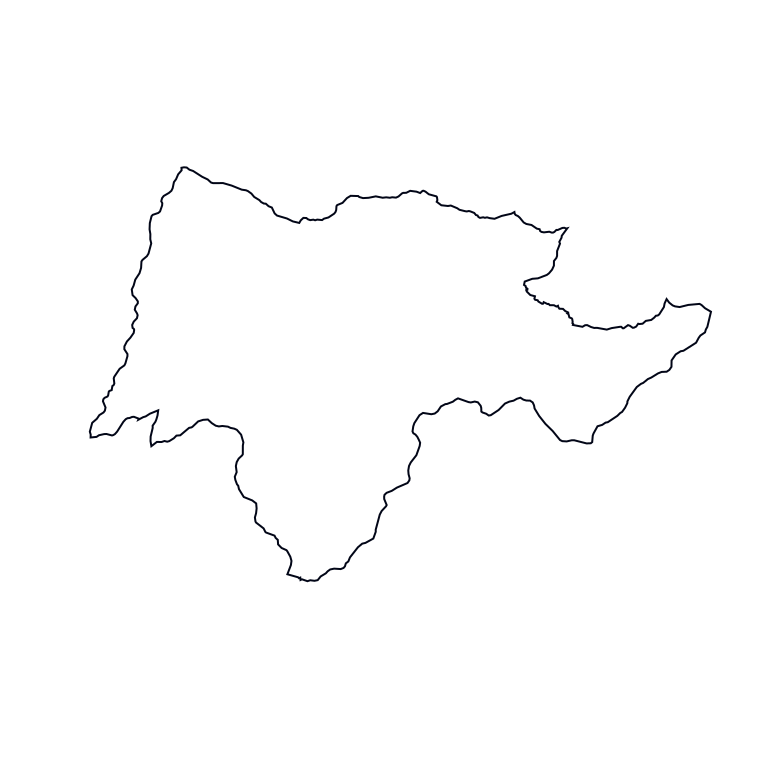 Susacón, Boyacá, Colombia (Albers equal-area conic projection), rotated 202°
{"feature_id": "7082276B12166433159462", "entity_name": "Susacón", "entity_type": "district", "adm_level": 2, "iso_a3": "COL", "parent_name": "Colombia", "parent_adm1": "Boyacá", "projection": "albers", "projection_center": [-72.721, 6.224], "detail": "fine", "context": "isolated", "style": "outline", "palette": "ink", "viewbox_px": 768, "rotation_deg": 202, "n_neighbors": 0, "source": "geoboundaries", "source_scale": "gbopen_adm2", "svg_char_len": 6166}
<svg xmlns="http://www.w3.org/2000/svg" viewBox="0 0 768 768"><g transform="rotate(202 384 384)"><path d="M659.3,439.6L656.8,435.5L654.9,430.6L652.5,427.2L651.2,416.7L651.7,413.7L654.4,408.6L654.8,406.8L652.7,400.6L652.2,395.1L653.7,387.6L653.0,381.4L653.3,377.2L650.4,372.2L646.5,370.6L643.2,368.4L642.5,366.6L643.5,362.8L642.9,359.5L639.4,356.9L638.2,355.5L637.7,352.4L639.4,348.1L639.6,344.4L638.1,341.8L636.6,341.4L635.9,340.6L635.2,337.6L636.5,331.9L638.3,327.1L638.8,321.7L637.8,319.0L633.1,315.7L632.3,313.7L631.5,306.2L631.7,304.0L634.8,299.1L636.8,289.7L636.7,288.0L634.2,283.4L634.3,281.6L635.1,280.4L634.2,276.3L636.0,274.7L636.3,273.8L635.5,270.1L635.7,268.8L637.9,266.5L638.5,264.7L638.1,262.7L633.4,257.9L632.8,254.7L633.4,252.5L636.3,248.5L637.2,244.2L640.0,238.7L638.9,229.6L637.0,227.2L636.0,224.5L630.7,227.3L629.1,229.7L624.6,232.8L622.5,233.7L616.9,234.4L615.8,235.3L614.7,236.8L613.6,239.9L611.5,251.3L610.3,254.6L609.0,256.2L607.1,257.2L605.2,259.1L603.6,259.9L598.4,260.0L598.4,258.8L594.9,263.0L592.8,264.7L589.9,268.8L583.5,275.0L582.2,270.0L581.8,265.9L581.8,263.4L582.9,258.7L582.0,256.6L580.7,247.9L579.1,243.6L576.4,239.2L572.9,245.2L568.5,246.9L566.2,248.9L563.4,249.3L561.7,250.6L558.5,255.0L557.1,258.4L553.7,260.1L548.3,270.3L546.2,271.7L545.5,272.7L542.3,279.7L538.3,283.0L534.0,285.1L529.0,283.2L524.4,282.3L521.2,282.8L518.2,284.5L512.7,286.0L509.9,285.8L506.1,286.5L503.3,286.4L497.5,283.5L492.5,277.2L491.8,274.0L488.6,266.0L488.8,264.7L490.8,260.4L491.3,256.4L490.6,252.4L487.6,247.1L487.6,242.1L485.9,239.4L482.7,235.9L481.1,235.1L479.1,232.2L471.7,226.7L462.6,226.7L457.8,225.4L455.5,220.9L454.2,216.3L453.7,211.9L451.6,208.3L450.7,207.6L441.5,205.0L438.6,202.4L437.7,202.1L428.7,202.4L426.8,200.7L424.1,199.7L422.1,195.6L417.5,193.6L412.2,193.4L411.0,192.7L406.2,188.8L403.5,185.3L402.5,181.3L402.3,171.4L391.3,172.6L390.1,172.1L389.1,173.1L388.0,171.0L386.9,172.2L381.1,172.5L378.9,174.4L374.7,175.5L372.0,177.3L370.6,181.9L367.0,186.7L366.1,189.2L364.4,191.9L361.1,194.1L354.8,196.2L352.6,198.3L351.9,200.3L352.2,203.4L350.6,206.1L350.6,210.5L347.0,222.9L344.4,227.8L341.7,229.7L336.0,236.7L336.3,243.9L337.1,245.8L339.0,261.3L338.6,265.4L336.3,271.4L336.2,272.8L340.7,277.4L341.7,279.7L342.0,281.5L340.8,284.1L336.8,287.8L333.2,292.8L325.1,301.0L324.4,304.1L324.9,306.2L327.4,309.5L329.1,312.9L330.1,317.4L329.8,321.3L327.3,330.1L327.7,339.9L328.5,343.1L330.9,345.4L333.3,347.5L335.9,348.9L338.3,349.3L339.8,350.7L341.0,355.7L341.2,359.1L339.4,368.4L337.0,371.8L328.8,373.7L325.9,375.6L324.0,378.8L322.8,384.5L319.6,388.3L318.1,389.1L313.5,393.4L312.0,396.0L310.0,398.4L298.8,398.9L296.6,399.4L293.3,401.7L290.1,402.2L286.2,400.0L284.9,398.3L283.4,394.9L282.0,394.5L278.1,394.7L275.1,394.0L273.3,395.1L268.0,402.8L264.5,411.2L261.2,414.6L257.6,417.1L255.2,420.1L252.4,422.4L248.9,421.7L245.8,422.0L242.4,423.3L239.2,422.6L236.9,420.4L235.2,417.7L228.2,412.5L219.4,407.5L210.0,403.6L199.8,398.0L197.3,397.8L193.1,399.2L188.8,402.2L186.5,403.1L173.9,404.8L170.1,406.5L169.2,408.1L171.1,414.3L171.2,416.6L170.2,424.8L166.4,427.8L164.1,431.2L162.2,432.4L155.7,441.9L154.1,445.6L152.8,447.3L151.6,452.3L151.2,457.3L151.8,459.1L151.4,464.2L148.5,475.9L145.8,480.4L144.1,482.1L141.2,487.4L138.6,490.1L133.9,496.5L131.1,499.2L126.5,501.3L124.7,504.0L123.9,507.6L126.2,513.6L124.6,520.7L121.2,525.5L118.8,527.0L110.1,539.2L109.5,544.8L108.8,547.5L105.7,552.1L106.0,555.1L105.6,558.1L107.9,573.5L114.7,574.5L119.2,576.2L121.4,576.5L131.5,571.3L138.7,566.1L143.2,565.0L145.8,565.0L150.1,566.3L153.8,568.6L154.0,563.8L153.3,560.2L154.9,551.6L155.8,550.1L157.5,549.1L158.3,546.8L160.2,543.5L164.9,540.6L166.8,536.8L169.6,535.3L170.9,535.1L171.7,531.7L173.3,529.9L174.4,529.3L177.9,530.1L179.8,530.0L182.6,525.5L183.5,525.1L185.4,525.9L186.5,525.5L193.9,521.1L197.8,517.9L207.4,515.9L210.2,514.7L213.4,514.4L217.6,514.7L219.5,513.9L221.4,511.4L231.0,509.5L231.1,510.6L232.1,511.0L232.3,512.2L233.8,514.7L234.5,515.2L237.1,515.2L239.1,517.9L240.3,518.1L239.8,518.8L240.0,519.3L243.2,519.5L246.2,520.7L249.6,519.5L251.2,520.6L252.0,521.7L253.2,520.4L255.9,520.7L259.8,519.2L261.4,519.9L262.4,519.4L266.6,519.7L266.6,518.1L267.4,517.6L271.8,518.3L272.9,519.2L275.4,518.7L276.5,519.4L276.9,521.9L281.7,521.3L286.2,523.2L287.3,524.3L287.4,524.8L286.4,525.2L286.6,526.0L288.5,526.6L289.4,527.9L291.3,528.3L291.9,531.7L285.9,537.1L280.9,539.6L273.9,546.1L272.5,548.4L271.0,553.0L270.8,557.4L272.5,561.7L271.4,565.4L271.5,567.6L273.3,572.1L273.4,580.1L274.7,581.4L274.2,586.2L274.7,588.0L272.4,597.0L273.2,596.4L275.3,596.4L277.1,595.5L280.6,591.9L281.9,591.4L283.0,588.8L284.0,587.7L285.3,587.2L287.8,587.1L292.5,584.5L295.0,584.0L296.6,584.4L297.7,585.8L300.5,585.3L306.8,586.7L312.0,585.7L315.0,586.1L320.5,589.1L322.8,589.9L325.2,590.0L326.6,590.8L327.5,592.3L329.7,589.6L337.9,583.9L343.4,578.6L348.1,577.4L350.9,577.1L352.7,575.9L354.5,575.7L357.2,574.0L359.0,574.2L360.4,575.3L362.0,575.1L364.4,576.4L368.5,576.4L370.1,576.2L371.9,575.0L373.6,574.6L379.3,573.8L381.9,574.4L388.9,574.5L391.4,573.0L397.8,571.2L403.4,572.7L403.4,574.5L404.9,577.1L405.7,577.6L413.5,576.7L417.6,577.9L419.7,578.0L420.6,577.5L422.0,574.6L425.9,574.5L432.1,572.9L435.0,569.6L437.8,568.4L438.7,567.5L440.8,563.3L442.7,561.3L446.4,560.2L448.3,558.9L451.9,557.9L455.0,556.2L461.9,554.9L468.0,550.9L473.1,548.5L477.0,548.1L478.3,548.6L485.4,546.0L488.0,542.5L490.3,536.4L494.4,532.4L494.7,531.1L493.5,527.4L493.4,525.4L494.0,523.3L497.9,517.6L501.6,514.8L502.8,512.8L507.5,511.4L509.2,510.0L511.1,509.9L513.8,508.3L516.1,508.2L518.2,508.8L521.0,507.8L522.5,504.5L522.9,501.6L529.4,500.6L536.0,501.1L546.3,500.1L549.3,501.2L554.1,505.6L557.6,505.6L561.1,506.9L563.1,506.3L566.1,506.7L568.4,507.8L574.4,508.8L578.3,510.9L582.5,511.9L584.6,511.9L588.7,510.9L599.6,510.9L608.5,510.0L617.7,506.2L619.8,506.0L624.1,507.6L630.2,508.0L640.8,510.0L644.7,509.8L648.0,510.8L650.6,510.0L652.8,508.6L651.7,506.3L653.4,501.3L653.5,496.0L654.4,492.5L653.3,486.4L653.5,483.5L655.0,480.6L658.7,475.8L659.4,473.2L659.0,470.0L657.3,468.6L656.6,466.4L656.3,460.1L657.3,458.1L661.8,454.2L662.4,452.5L661.4,445.5L659.3,439.6Z" fill="none" stroke="#020617" stroke-width="2"/></g></svg>